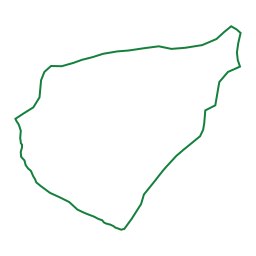 outline of Kabbia, Mayo-Kebbi Est, Chad
{"feature_id": "50815135B59741228858752", "entity_name": "Kabbia", "entity_type": "district", "adm_level": 2, "iso_a3": "TCD", "parent_name": "Chad", "parent_adm1": "Mayo-Kebbi Est", "projection": "orthographic", "projection_center": [15.352, 9.53], "detail": "fine", "context": "isolated", "style": "outline", "palette": "green", "viewbox_px": 256, "rotation_deg": 0, "n_neighbors": 0, "source": "geoboundaries", "source_scale": "gbopen_adm2", "svg_char_len": 1408}
<svg xmlns="http://www.w3.org/2000/svg" viewBox="0 0 256 256"><path d="M231.2,26.3L224.3,31.9L216.5,39.0L202.2,45.1L185.1,47.8L171.4,48.9L158.8,46.3L143.5,48.3L128.7,50.5L117.3,51.4L103.1,53.8L92.0,57.3L82.0,59.8L73.7,62.8L61.7,66.2L51.0,66.0L44.4,71.9L41.1,80.2L39.5,97.4L33.3,107.4L23.0,113.8L15.4,118.8L16.5,121.1L18.6,124.3L19.5,126.7L20.8,130.8L20.4,135.5L20.2,138.4L20.6,140.4L20.6,140.6L20.7,141.9L20.9,143.3L22.0,144.6L22.0,146.2L22.0,147.5L21.6,149.0L21.2,150.2L20.7,152.2L21.0,154.5L21.1,156.5L21.2,156.8L22.1,157.9L24.5,160.5L24.7,161.5L25.0,162.4L25.2,163.3L25.7,165.2L28.1,168.5L30.9,170.9L33.4,176.6L34.1,177.6L35.0,179.1L35.3,179.9L36.3,182.4L37.9,183.7L40.7,186.0L49.9,192.8L57.3,196.2L59.9,197.4L68.5,201.7L69.4,202.2L77.3,209.5L81.0,211.3L84.7,213.0L88.7,214.6L94.2,216.7L96.6,218.0L98.3,218.9L102.1,220.2L104.0,222.5L106.0,223.5L106.3,223.6L107.2,223.8L107.7,223.9L108.3,224.2L110.1,224.5L111.1,225.0L113.2,226.0L113.6,226.2L115.3,227.6L117.8,228.4L121.2,229.7L121.4,229.6L124.3,228.9L131.7,218.8L141.1,204.0L143.9,194.5L155.4,180.3L159.4,175.1L163.5,170.0L166.0,167.1L175.3,157.0L176.3,155.9L181.6,151.4L183.3,149.9L184.4,149.0L185.8,147.9L200.1,136.2L203.2,129.6L203.3,128.7L204.2,123.6L205.3,110.4L215.3,105.3L218.8,84.9L219.2,82.9L219.4,81.9L228.0,71.9L240.0,66.6L237.8,60.2L236.9,52.5L238.3,42.9L240.6,33.0L236.7,29.5L231.2,26.3Z" fill="none" stroke="#15803d" stroke-width="2"/></svg>